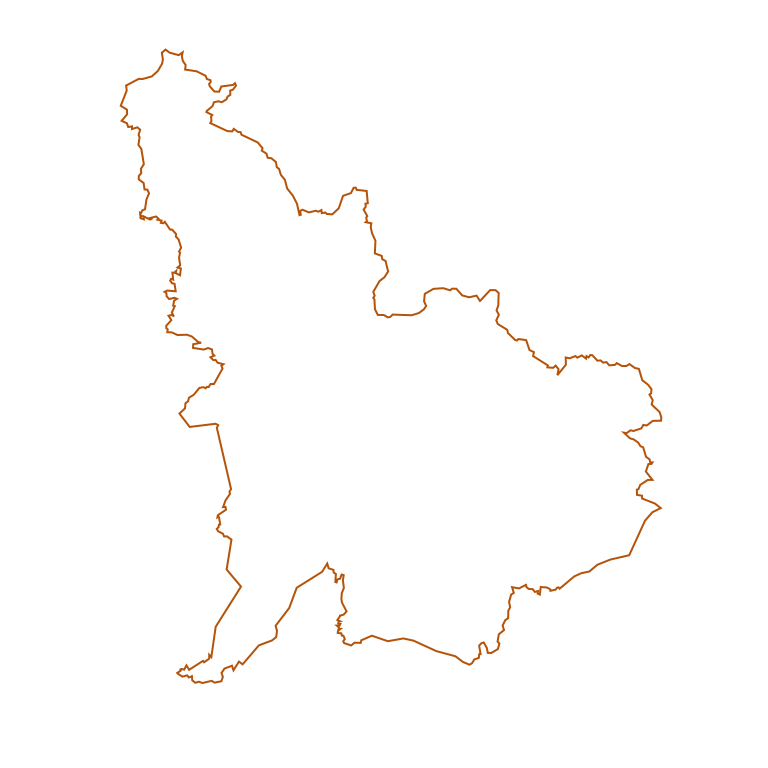 Tecolotlán, Jalisco, Mexico (Mercator projection), rotated 5°
{"feature_id": "50627088B33659977018142", "entity_name": "Tecolotlán", "entity_type": "district", "adm_level": 2, "iso_a3": "MEX", "parent_name": "Mexico", "parent_adm1": "Jalisco", "projection": "mercator", "projection_center": [-104.055, 20.276], "detail": "fine", "context": "isolated", "style": "outline", "palette": "amber", "viewbox_px": 768, "rotation_deg": 5, "n_neighbors": 0, "source": "geoboundaries", "source_scale": "gbopen_adm2", "svg_char_len": 6140}
<svg xmlns="http://www.w3.org/2000/svg" viewBox="0 0 768 768"><g transform="rotate(5 384 384)"><path d="M125.9,97.8L117.0,101.2L113.1,101.4L101.1,109.1L102.1,114.2L97.5,129.8L104.0,133.1L104.6,137.7L99.7,144.7L105.2,146.7L106.8,150.3L110.5,149.3L110.7,152.0L115.9,149.8L118.9,151.9L117.8,157.3L119.0,159.4L118.5,167.2L121.8,171.0L125.6,186.0L123.1,190.8L123.8,195.1L121.6,198.2L121.9,201.6L127.0,204.7L128.5,211.1L131.3,211.0L133.3,214.5L131.3,220.8L130.7,230.8L128.1,232.1L127.0,235.0L126.0,234.6L126.5,237.2L128.2,237.9L126.7,239.0L127.1,240.1L130.4,240.9L130.0,238.0L136.7,240.6L137.9,239.8L136.6,239.0L142.3,237.0L144.9,238.9L144.0,240.1L148.2,240.6L147.7,242.9L150.2,243.1L151.5,241.5L157.4,248.8L159.5,248.7L163.8,252.7L163.8,255.3L166.7,257.8L170.0,265.8L168.3,270.0L169.4,271.0L168.8,275.9L170.6,283.6L168.2,285.9L171.6,286.6L171.3,293.5L166.8,291.7L167.1,289.5L165.2,291.5L163.5,291.5L164.9,298.4L162.7,297.8L162.0,299.7L164.1,302.1L166.6,302.4L168.4,309.8L159.9,309.8L157.4,311.3L159.3,312.4L159.8,315.5L162.5,318.1L167.7,316.4L170.3,317.2L167.7,319.2L167.1,324.3L168.8,324.7L166.4,331.3L168.9,335.1L166.9,333.6L163.4,334.8L166.6,338.9L162.0,345.0L162.3,347.4L163.8,348.4L163.6,351.3L168.2,351.1L174.0,353.2L183.4,352.1L188.4,353.4L195.4,358.5L198.3,358.8L190.5,361.0L190.6,364.7L201.4,365.4L205.7,363.5L209.6,364.6L210.6,368.9L212.5,370.5L208.8,372.5L211.9,375.1L214.2,374.7L216.4,377.3L222.3,378.3L220.4,380.0L221.8,382.7L214.6,398.8L211.2,399.1L209.6,402.3L207.7,402.3L206.7,403.8L204.3,402.9L200.4,404.0L195.5,411.2L190.9,414.7L190.3,418.3L187.9,420.5L187.9,425.6L182.8,431.3L194.2,443.7L219.6,438.3L222.4,439.4L221.3,442.2L240.8,502.0L239.4,504.9L240.2,506.8L236.3,513.7L234.4,520.7L236.8,520.3L237.6,523.0L229.9,529.2L229.7,531.3L230.7,530.5L231.3,531.3L233.1,538.2L231.8,538.6L231.7,541.0L230.0,543.0L231.8,545.3L236.6,547.2L238.0,549.8L241.0,549.5L245.6,552.4L243.4,582.5L259.2,598.3L237.5,640.5L235.8,671.1L233.5,669.0L233.8,672.9L229.0,676.9L227.8,675.6L214.8,685.7L211.7,681.5L209.8,686.0L207.3,685.5L206.0,686.1L206.5,687.3L203.2,689.9L203.9,690.6L208.7,693.1L213.3,691.4L215.2,693.4L218.1,691.8L218.8,695.9L222.1,698.1L225.5,696.7L229.2,697.7L238.3,694.7L241.1,696.3L247.9,694.3L249.0,689.8L247.3,686.0L249.9,681.4L257.1,677.9L259.0,682.3L263.7,673.2L267.6,675.6L282.1,655.3L294.8,649.2L298.7,645.5L298.9,639.2L297.1,634.3L309.1,615.4L314.8,594.6L338.7,576.5L343.1,567.8L344.9,572.4L349.9,573.6L350.2,576.1L352.6,577.4L352.8,585.5L354.1,585.8L354.6,582.7L357.2,581.8L358.4,577.5L360.5,577.9L360.2,583.2L361.8,590.8L360.2,595.9L360.3,601.9L361.2,605.5L366.5,613.7L364.0,617.2L359.6,618.9L360.5,619.0L358.1,623.2L360.7,624.1L359.5,624.4L359.3,626.5L361.5,626.7L360.8,628.5L358.1,628.8L360.3,630.3L360.1,632.0L361.9,631.8L359.7,633.9L359.6,636.0L363.2,636.1L363.9,638.3L365.5,638.3L367.2,641.5L365.8,643.8L366.9,645.6L374.1,647.3L377.1,644.3L383.4,643.9L383.7,641.3L393.9,635.8L410.3,639.9L425.4,635.8L435.8,637.1L459.3,645.5L478.9,649.0L486.8,654.0L493.7,656.2L496.0,654.5L498.0,650.5L502.3,648.6L502.4,644.9L503.7,644.7L501.6,636.3L503.7,633.7L505.9,632.8L509.5,638.1L510.8,642.8L514.3,642.6L520.6,638.1L521.6,632.4L519.6,630.8L520.2,623.3L525.0,618.7L523.2,614.3L525.4,608.7L528.1,606.5L527.6,599.1L529.1,595.6L527.6,590.2L529.0,582.7L531.5,580.8L529.3,575.2L536.3,575.9L542.9,571.7L543.7,574.0L546.2,575.6L550.0,575.4L552.4,578.0L555.4,576.8L555.3,579.4L557.6,580.2L557.8,572.6L564.0,572.5L567.6,574.1L567.8,575.5L572.9,573.9L574.2,571.8L575.7,571.4L576.8,572.6L590.3,559.1L597.0,555.3L604.9,552.9L612.4,545.4L625.0,539.1L643.2,533.2L655.9,497.5L662.5,488.4L670.5,483.5L664.4,479.5L651.1,475.6L650.8,472.8L645.7,472.4L645.1,467.2L646.6,466.6L648.1,462.1L655.1,456.6L659.8,456.1L652.5,448.4L654.4,440.7L657.5,440.3L658.3,438.7L656.0,438.8L655.2,436.0L651.4,433.7L647.7,424.5L644.9,423.6L642.3,420.2L637.5,417.4L633.8,416.7L627.3,411.6L629.9,411.8L633.7,408.6L636.5,409.1L644.2,405.8L645.9,402.2L649.4,402.4L655.0,397.3L663.2,396.4L663.2,393.2L661.0,387.9L652.5,381.2L653.1,376.7L649.4,371.3L650.9,370.1L650.9,365.8L647.0,361.6L641.0,357.8L636.6,346.7L632.6,346.2L626.8,342.8L623.9,344.9L619.6,345.4L614.1,342.9L612.4,344.8L606.8,345.8L603.7,342.8L600.5,343.6L597.6,341.6L594.6,342.2L588.9,337.1L586.9,337.2L585.5,339.7L583.3,338.6L583.1,341.1L578.5,338.3L574.3,340.9L572.2,339.5L566.7,342.2L562.7,341.8L563.5,348.9L556.0,360.1L556.6,354.1L553.4,350.7L551.2,353.1L545.3,353.2L545.6,351.2L530.1,343.2L530.6,339.2L526.0,337.5L521.8,327.9L513.9,327.5L512.7,329.1L510.8,328.7L503.0,322.4L502.1,319.3L492.1,314.3L490.3,310.8L492.4,305.0L489.7,301.0L491.0,295.8L490.3,283.3L486.9,280.8L481.6,281.2L472.4,292.9L468.5,287.9L461.2,290.2L454.1,288.9L447.8,282.8L443.5,283.1L441.8,284.9L434.6,283.4L425.0,284.9L416.8,290.6L416.7,298.2L419.2,302.5L417.3,306.1L412.5,310.3L405.6,313.1L386.6,314.1L384.3,316.7L382.0,317.3L377.8,315.3L371.8,315.7L368.5,310.4L367.1,300.6L365.8,299.1L367.0,296.9L365.3,293.1L370.6,281.8L375.1,277.7L378.3,271.6L374.8,261.3L371.4,259.8L370.6,256.6L363.5,254.7L363.0,242.1L358.9,234.7L357.1,228.9L357.4,225.0L351.7,224.4L352.8,223.3L351.8,219.8L352.7,218.2L348.5,212.0L350.4,209.0L349.8,206.0L352.1,205.4L349.9,193.2L339.9,193.0L338.8,190.9L336.7,191.1L334.4,196.7L326.8,200.1L323.6,212.9L317.7,219.5L312.2,219.6L310.7,218.3L307.1,219.2L306.5,216.2L303.6,218.1L301.1,217.3L294.3,219.6L287.6,217.5L285.4,218.9L286.3,222.7L285.1,223.2L281.6,212.0L276.8,204.3L270.5,197.7L267.5,189.3L263.0,184.6L260.7,178.8L258.3,177.4L257.0,172.3L252.1,168.9L248.4,168.8L246.8,164.7L241.9,162.2L242.5,159.7L237.2,154.4L220.3,148.1L219.2,145.6L216.5,145.6L212.1,142.9L210.8,145.6L205.9,145.7L188.2,139.2L189.2,137.0L188.4,132.6L189.5,131.0L183.4,128.6L183.6,127.4L188.8,122.3L190.1,118.1L194.3,116.8L197.9,117.4L202.2,114.2L203.2,111.2L205.7,109.3L205.2,105.1L207.7,104.1L210.6,99.6L209.3,97.3L207.6,99.2L196.0,101.8L194.3,107.2L189.5,107.4L184.4,102.5L183.6,100.3L185.1,98.2L184.7,96.5L181.0,95.6L179.4,92.5L170.0,88.8L158.5,88.1L158.6,83.5L155.4,79.7L154.0,74.8L154.5,71.2L150.8,74.3L141.5,72.6L137.2,69.9L133.8,73.4L135.4,79.6L135.1,84.1L131.4,91.9L125.9,97.8Z" fill="none" stroke="#b45309" stroke-width="2"/></g></svg>